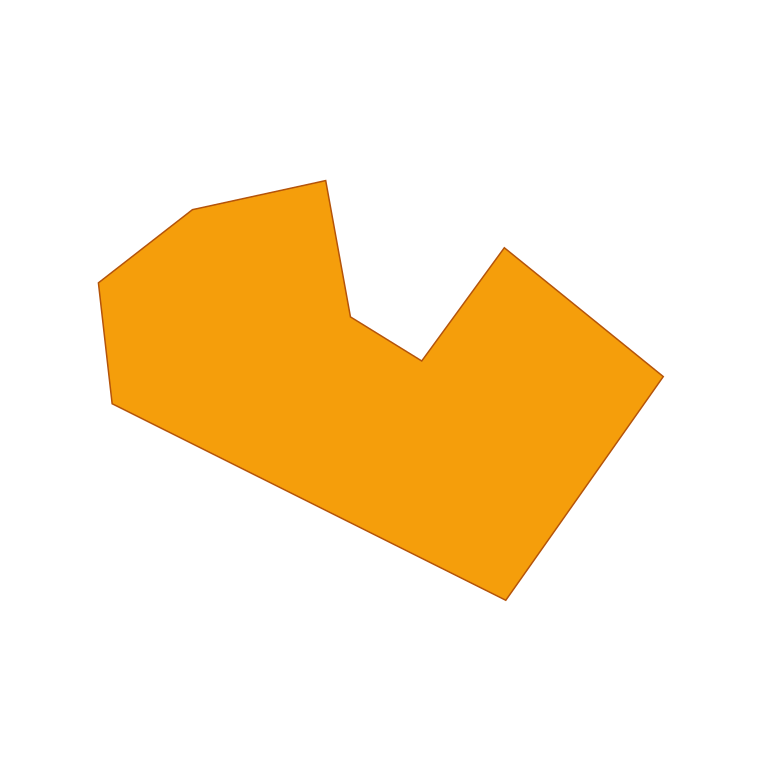 outline of Aiga-i-le-Tai, rotated 59°
{"feature_id": "WSM-4986", "entity_name": "Aiga-i-le-Tai", "entity_type": "state/province", "adm_level": 1, "iso_a3": "WSM", "parent_name": "Samoa", "parent_adm1": "", "projection": "mercator", "projection_center": [-172.029, -13.872], "detail": "fine", "context": "isolated", "style": "filled", "palette": "amber", "viewbox_px": 768, "rotation_deg": 59, "n_neighbors": 0, "source": "natural_earth", "source_scale": "10m", "svg_char_len": 290}
<svg xmlns="http://www.w3.org/2000/svg" viewBox="0 0 768 768"><g transform="rotate(59 384 384)"><path d="M329.2,210.7L521.5,140.8L632.1,391.0L260.9,627.2L150.2,576.7L135.9,458.4L179.6,329.2L309.2,378.2L383.7,339.8L329.2,210.7Z" fill="#f59e0b" stroke="#b45309" stroke-width="1.5"/></g></svg>